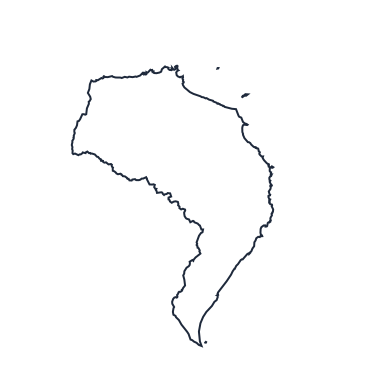 Sao Joao Baptista, Boa Vista, Cabo Verde (orthographic projection), rotated 335°
{"feature_id": "66160863B76154481217824", "entity_name": "Sao Joao Baptista", "entity_type": "district", "adm_level": 2, "iso_a3": "CPV", "parent_name": "Cabo Verde", "parent_adm1": "Boa Vista", "projection": "orthographic", "projection_center": [-22.721, 16.095], "detail": "fine", "context": "isolated", "style": "outline", "palette": "slate", "viewbox_px": 384, "rotation_deg": 335, "n_neighbors": 0, "source": "geoboundaries", "source_scale": "gbopen_adm2", "svg_char_len": 6032}
<svg xmlns="http://www.w3.org/2000/svg" viewBox="0 0 384 384"><g transform="rotate(335 192 192)"><path d="M135.6,335.6L136.0,330.8L139.3,321.4L144.2,314.5L149.3,309.9L154.4,306.7L161.9,303.7L165.9,301.0L168.6,300.4L171.0,298.0L171.2,296.9L171.6,296.7L171.3,296.4L171.6,296.4L171.8,295.7L172.3,295.9L172.6,294.6L173.2,294.0L185.9,287.4L192.5,283.4L195.3,281.1L198.0,279.5L198.3,279.7L200.9,277.6L203.2,276.8L207.4,274.3L208.7,274.1L209.4,274.5L215.9,271.6L217.2,271.5L217.7,271.9L217.6,272.3L218.9,271.8L218.9,271.3L220.6,270.9L223.0,268.7L225.4,267.4L227.3,263.9L229.1,262.8L230.7,261.1L233.0,260.6L234.4,261.5L235.1,261.0L237.0,261.7L237.1,260.9L236.4,259.9L236.8,257.9L238.6,254.5L240.0,253.2L242.8,252.6L244.2,253.2L243.9,254.4L245.1,254.8L245.7,254.6L247.6,252.1L248.5,251.8L249.3,252.1L249.7,251.8L249.7,252.2L250.5,252.0L250.6,251.2L251.4,251.0L251.6,249.5L252.5,248.3L254.5,247.0L254.8,245.5L255.5,245.4L256.1,244.8L256.1,244.4L257.0,244.1L258.2,242.1L258.2,238.6L259.0,237.9L259.1,237.2L257.8,236.1L257.5,234.9L258.1,234.2L257.6,233.9L258.5,232.1L259.4,232.2L259.8,231.8L259.1,231.0L259.1,229.0L259.6,227.9L261.3,228.0L261.7,227.5L261.3,227.1L261.8,224.0L264.5,222.3L265.7,220.4L265.4,219.6L265.8,219.3L266.8,220.0L267.2,219.7L266.7,217.8L266.7,215.6L267.8,214.9L267.3,213.9L268.0,211.9L269.1,211.1L270.4,211.0L270.8,210.7L270.6,210.2L271.8,209.6L271.0,209.0L272.0,207.6L271.5,207.0L271.3,205.8L272.4,203.6L273.2,202.9L275.3,204.1L276.1,203.9L275.2,202.5L273.6,203.0L272.2,201.5L272.5,200.0L273.1,200.1L273.4,199.4L272.0,197.7L270.7,193.6L270.4,191.4L270.6,190.7L271.4,189.8L270.1,189.3L269.1,186.5L269.2,185.7L270.2,184.8L270.2,184.0L269.7,183.4L270.3,180.8L270.0,180.2L269.1,179.8L269.0,179.1L268.3,178.9L268.5,178.2L267.0,177.2L265.7,174.0L265.5,172.3L264.7,171.0L263.7,170.4L262.3,165.4L262.4,161.6L262.8,161.1L263.0,158.9L264.6,155.2L265.7,153.7L266.6,153.0L268.0,153.1L270.2,154.6L270.8,154.5L270.2,153.4L268.7,152.0L267.8,150.0L268.1,145.4L266.6,143.8L266.4,142.6L266.9,135.5L263.3,133.4L257.6,128.7L257.3,127.7L256.5,127.3L256.6,126.9L254.4,124.7L254.3,123.9L253.4,123.4L253.2,122.8L252.3,122.7L252.1,121.6L249.6,119.0L249.7,118.4L250.0,118.7L249.7,118.3L246.5,115.5L244.9,113.1L243.9,112.9L242.4,111.0L240.8,110.0L240.3,109.0L234.8,103.7L232.3,100.5L229.3,94.0L229.0,91.3L229.3,89.7L230.5,89.4L231.0,88.9L230.6,87.7L231.4,86.6L231.2,85.3L232.3,84.4L232.7,83.2L231.7,83.5L230.9,82.9L229.6,83.0L228.0,81.2L227.5,79.6L228.2,77.0L229.9,76.0L231.0,76.0L230.7,75.5L231.0,73.3L232.1,71.8L231.8,71.2L230.5,71.1L229.5,71.4L229.2,73.5L227.8,73.8L226.4,72.9L226.8,72.1L226.6,71.3L226.3,72.4L225.8,71.9L225.8,72.7L224.9,72.9L223.2,71.8L222.6,70.5L222.7,69.8L223.2,69.4L222.0,68.2L220.4,67.4L220.4,66.9L216.6,68.0L214.9,69.9L213.0,70.0L210.0,69.3L208.0,68.2L207.6,67.6L208.1,66.6L207.5,66.5L207.5,65.4L207.0,65.7L207.1,64.4L205.9,64.1L205.8,63.7L202.6,65.0L201.7,64.8L201.4,64.3L200.9,65.6L200.2,66.0L199.4,65.8L199.2,65.1L198.4,65.1L198.6,64.6L198.3,64.5L199.2,63.8L197.9,63.1L194.3,64.5L190.4,64.2L189.7,63.5L186.7,62.8L183.7,60.9L181.9,60.9L179.7,59.2L176.5,59.0L175.6,58.1L171.1,55.9L169.1,54.2L168.6,53.2L164.2,52.3L161.9,51.1L161.1,49.8L160.5,50.0L160.3,51.0L159.5,51.3L158.7,51.2L158.1,50.4L153.9,50.9L152.6,50.1L152.2,50.9L151.3,51.0L149.3,50.2L148.0,48.4L145.0,51.2L142.5,55.3L139.5,58.2L140.0,62.6L139.5,65.0L137.5,66.4L136.6,66.5L135.8,68.5L132.1,71.8L129.0,76.8L127.9,76.8L126.9,75.8L125.5,75.2L121.3,78.8L119.5,79.8L118.1,79.6L116.0,82.9L113.9,84.8L111.7,85.9L110.7,87.9L110.7,89.0L108.5,91.1L108.2,92.2L107.6,92.5L107.5,93.3L106.9,94.0L105.2,95.0L104.6,96.4L102.9,98.6L102.6,100.8L101.5,102.5L101.4,103.9L100.1,106.3L100.4,107.5L102.2,107.7L104.6,110.6L106.0,110.4L107.1,110.9L109.1,110.5L109.7,110.0L112.0,111.8L112.6,111.2L114.2,111.1L115.1,113.2L116.2,113.6L116.3,114.4L117.4,114.7L119.8,116.9L120.8,119.9L121.7,120.5L122.3,122.8L123.2,123.7L123.4,124.5L122.8,124.6L122.7,125.3L124.4,126.2L124.1,126.7L124.4,127.6L125.1,128.4L126.6,128.8L128.0,131.7L130.4,132.4L130.9,133.5L130.3,134.1L130.2,135.4L130.7,136.5L130.1,137.1L129.2,139.3L130.3,140.4L131.2,142.2L131.3,143.2L132.4,144.6L134.9,145.2L135.5,146.1L135.3,146.6L135.9,147.4L136.0,148.4L137.8,149.5L139.1,151.8L138.9,152.3L139.5,153.2L140.1,153.3L140.2,155.0L142.2,156.1L143.2,155.5L145.8,156.3L146.4,157.6L148.8,158.8L150.5,159.0L152.0,158.6L153.4,159.2L156.6,159.2L156.5,159.9L156.9,160.6L156.5,161.2L156.7,167.2L159.2,168.5L160.3,168.7L161.3,169.8L159.8,171.6L160.1,173.6L161.0,174.1L160.1,174.9L160.3,176.1L159.9,178.0L164.1,179.3L164.8,180.0L164.8,181.5L165.4,182.9L166.2,182.6L168.2,183.1L169.5,182.7L171.6,184.0L171.2,187.3L168.4,187.1L167.8,188.2L167.6,188.8L168.1,189.2L168.2,190.5L168.0,191.2L169.1,193.2L171.3,193.0L173.2,193.5L175.0,195.0L174.6,197.1L173.8,198.1L174.5,200.0L173.8,201.3L174.8,203.2L176.6,203.3L178.3,205.0L178.0,205.9L176.2,207.3L175.7,208.6L175.1,210.8L175.4,213.0L175.7,213.8L177.7,215.6L177.7,218.7L180.7,218.6L181.2,219.1L181.4,220.5L183.8,223.0L184.5,225.1L185.0,225.7L184.7,229.9L186.2,230.6L184.5,232.9L182.7,233.0L179.9,234.6L174.9,239.6L174.8,241.2L173.9,241.8L173.7,242.4L174.1,243.4L173.5,244.8L174.2,245.6L174.3,247.6L174.3,248.2L173.6,248.9L173.6,251.4L167.6,252.8L164.8,254.1L164.1,254.9L163.6,253.8L160.4,254.2L160.1,255.5L159.1,257.1L157.7,257.9L155.1,258.3L151.6,260.6L150.4,262.7L148.8,263.9L148.0,268.2L146.2,273.8L143.4,275.2L142.2,276.3L141.5,276.3L141.3,277.2L139.4,277.6L138.2,277.0L137.3,277.3L136.6,278.2L134.9,279.1L134.7,280.4L134.1,281.2L133.4,281.2L132.8,280.4L131.4,280.2L129.8,280.9L127.6,283.1L126.9,285.0L127.2,288.7L126.1,289.5L124.0,292.6L123.3,295.4L124.7,297.3L124.6,298.8L126.0,302.5L126.4,307.7L128.5,316.6L128.9,319.3L128.3,325.1L129.6,326.4L130.6,328.5L132.4,330.6L133.5,333.4L135.6,335.6ZM283.9,127.1L281.7,125.9L280.2,126.4L278.7,126.3L277.0,127.4L280.4,126.9L281.7,127.6L283.9,127.1ZM141.2,333.7L140.3,334.1L140.5,334.8L140.6,334.3L141.0,334.4L141.4,334.0L141.2,333.7ZM268.3,90.8L267.6,90.5L267.2,90.9L268.0,91.1L268.3,90.8Z" fill="none" stroke="#1e293b" stroke-width="2"/></g></svg>